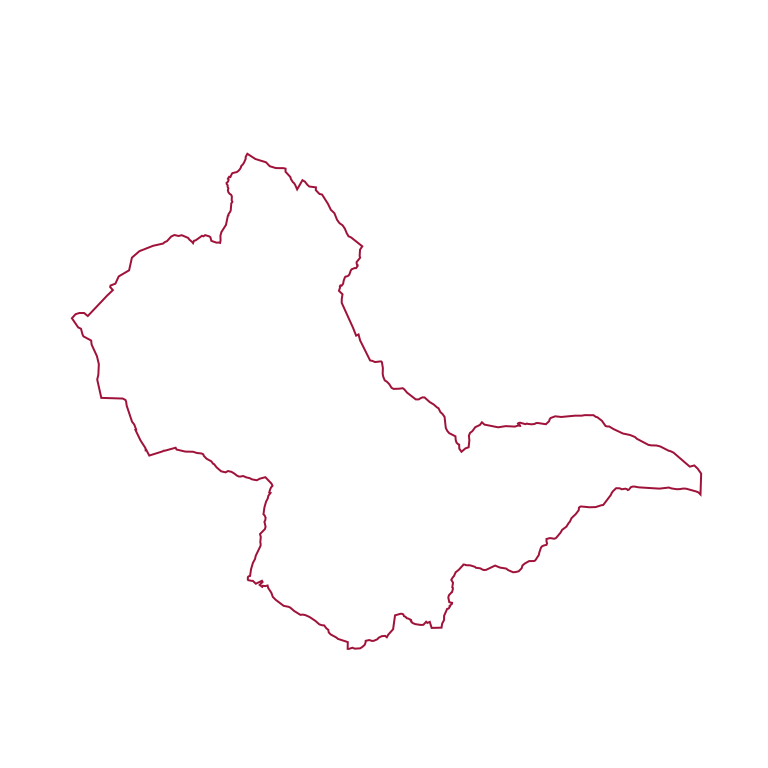 the district of Albestii De Arges, Arges, Romania, rotated 78°
{"feature_id": "2599482B24655595940767", "entity_name": "Albestii De Arges", "entity_type": "district", "adm_level": 2, "iso_a3": "ROU", "parent_name": "Romania", "parent_adm1": "Arges", "projection": "natural_earth1", "projection_center": [24.684, 45.238], "detail": "fine", "context": "isolated", "style": "outline", "palette": "rose", "viewbox_px": 768, "rotation_deg": 78, "n_neighbors": 0, "source": "geoboundaries", "source_scale": "gbopen_adm2", "svg_char_len": 6160}
<svg xmlns="http://www.w3.org/2000/svg" viewBox="0 0 768 768"><g transform="rotate(78 384 384)"><path d="M635.5,474.6L635.8,473.4L635.4,469.7L636.8,467.6L637.6,462.3L636.8,460.1L635.2,457.2L633.1,455.8L631.4,455.3L631.4,451.6L632.7,449.4L633.1,447.6L632.3,443.6L631.1,442.0L630.2,438.6L630.6,435.3L632.3,433.9L630.1,432.0L625.8,426.1L612.6,421.3L612.2,415.8L612.5,414.2L613.4,413.0L615.3,412.7L616.2,411.3L617.8,410.5L618.3,409.3L620.4,406.6L621.6,406.5L621.6,406.9L622.6,406.6L623.8,405.6L625.4,403.3L627.4,397.9L627.7,395.5L625.3,392.2L626.7,391.3L626.2,388.7L632.5,388.1L634.3,378.4L630.4,376.9L627.3,374.3L623.2,373.4L617.1,369.0L617.1,367.5L615.4,365.8L614.8,366.0L613.1,363.2L612.2,362.9L611.0,365.5L606.2,365.5L604.1,364.4L601.8,361.2L601.8,360.8L599.4,359.5L597.9,359.0L597.1,359.5L592.7,357.8L589.6,358.9L587.5,357.0L586.4,355.5L583.1,353.1L581.3,349.5L578.4,345.5L577.7,344.3L577.1,343.9L577.5,342.5L578.3,341.4L579.3,337.4L581.7,333.1L582.8,332.4L584.3,328.2L586.2,326.0L586.8,324.7L587.0,322.6L584.7,313.1L587.7,308.7L589.9,302.9L591.8,301.3L594.9,297.0L595.3,294.8L595.2,291.2L592.9,287.7L590.3,286.3L588.8,283.4L587.4,278.9L588.3,274.3L588.3,273.4L587.6,272.3L583.4,268.1L581.1,267.1L576.6,264.4L575.6,263.1L575.2,261.3L575.1,258.5L573.6,257.6L571.8,257.8L569.4,257.3L569.2,253.6L570.7,249.8L570.6,248.2L569.7,246.8L566.0,242.1L563.7,240.1L561.5,235.3L558.3,232.2L557.3,230.8L554.2,228.5L551.2,223.6L549.0,221.0L547.9,219.8L545.4,218.9L544.7,217.4L544.8,216.6L547.3,208.6L548.4,202.6L547.8,196.6L547.9,194.7L539.9,185.4L537.8,183.8L536.4,182.2L534.2,178.6L535.0,175.2L536.4,173.3L536.6,169.6L537.3,168.3L538.4,167.7L538.2,166.3L536.3,164.1L536.0,162.3L536.5,160.0L538.0,156.5L543.6,136.4L544.5,126.9L545.9,124.5L547.7,119.8L548.3,116.7L548.5,112.9L549.2,110.3L553.9,101.2L555.4,99.0L557.9,97.4L537.6,92.4L532.0,94.8L528.2,97.4L528.4,102.1L511.3,115.1L509.3,117.7L508.4,119.5L502.5,126.8L500.8,130.3L499.6,135.3L498.6,137.9L490.2,148.0L488.0,149.6L485.1,153.8L482.1,160.6L475.7,169.0L472.4,172.5L472.0,174.3L471.2,176.0L465.3,178.5L460.9,182.2L460.1,183.8L458.1,185.5L456.2,194.1L456.1,197.1L454.7,203.7L453.1,217.5L451.2,223.2L451.9,228.1L453.1,229.4L454.7,230.2L457.0,234.0L454.0,242.0L453.9,243.6L454.4,245.0L454.1,248.1L452.9,251.7L452.4,252.4L452.7,254.0L450.1,259.0L450.2,260.8L450.6,261.2L452.7,259.6L453.2,259.6L452.5,261.5L452.9,264.7L450.5,273.8L450.1,281.3L444.6,294.2L441.8,296.2L444.0,298.7L445.2,303.7L448.5,307.4L449.7,310.0L452.2,311.7L456.8,312.2L463.5,314.4L463.9,317.7L466.4,322.3L462.9,323.8L458.9,323.1L458.2,324.1L456.3,325.3L453.7,325.5L450.0,325.0L445.6,330.5L442.9,331.9L439.8,332.7L428.8,331.6L425.5,333.0L423.2,334.7L419.1,335.7L417.9,337.0L414.4,339.6L411.2,343.0L405.5,347.2L405.1,349.0L405.5,351.2L406.3,353.3L405.7,356.1L397.3,363.2L393.4,365.3L392.0,366.6L391.8,369.8L390.8,375.6L389.3,377.4L385.2,378.9L382.5,380.6L380.6,382.5L377.0,383.2L373.9,383.2L368.2,381.8L362.3,381.5L361.4,382.0L361.1,383.5L360.7,388.1L358.8,390.9L358.1,392.7L336.4,398.3L330.2,398.6L330.9,401.2L322.6,402.6L295.8,408.5L291.6,407.5L287.6,405.9L283.5,408.7L280.6,407.0L279.3,406.9L278.5,406.1L279.1,405.1L277.4,403.1L274.6,402.0L271.6,400.1L271.0,399.4L271.0,397.9L270.7,396.5L269.7,395.1L266.2,393.0L265.1,391.9L264.5,388.6L264.9,387.3L263.0,385.2L262.2,385.2L262.2,385.6L260.1,385.7L259.0,385.4L255.5,381.1L253.7,381.2L247.6,379.5L244.8,376.6L233.8,385.7L232.1,388.0L228.8,389.1L223.9,390.0L220.2,391.5L217.4,394.1L213.6,395.8L206.6,397.0L202.5,399.8L196.3,401.3L185.8,405.2L184.7,407.6L180.2,410.4L177.5,409.7L175.3,416.0L173.3,417.5L169.6,419.3L167.7,421.4L175.6,428.5L170.3,429.6L168.2,430.6L167.6,431.2L164.3,432.4L162.0,432.6L155.9,436.2L152.9,435.5L152.0,437.4L150.3,444.9L147.2,450.5L142.6,453.3L137.2,463.0L130.4,469.8L133.1,472.1L135.0,472.5L138.2,474.8L139.7,476.2L141.3,478.5L142.4,478.9L143.8,480.2L145.4,482.3L146.1,484.0L146.2,488.3L146.7,489.1L149.6,491.2L149.1,492.4L150.8,494.0L151.3,493.5L152.1,493.6L153.6,494.5L154.6,496.2L155.6,496.3L157.1,495.6L158.8,496.0L160.2,495.5L161.8,496.4L163.9,496.4L165.8,495.5L167.1,494.2L168.8,493.8L172.8,494.8L174.3,494.4L175.5,495.8L181.9,497.7L183.0,498.2L185.8,501.0L186.8,501.1L187.1,501.8L195.5,505.5L201.5,511.4L205.0,513.2L209.6,514.0L211.9,515.0L211.3,516.1L210.9,518.5L208.1,523.1L204.3,523.3L203.1,524.5L201.2,528.0L202.0,529.9L201.2,531.2L204.3,538.3L204.4,540.1L206.5,541.5L205.1,542.2L202.4,544.3L200.3,545.3L196.4,550.9L196.5,554.2L194.7,558.0L195.5,561.5L199.1,566.5L199.7,569.1L200.7,570.9L200.8,581.1L203.2,595.6L208.0,604.3L219.8,609.7L223.6,621.1L230.0,625.9L230.8,631.0L232.2,631.7L235.8,629.7L240.0,636.5L255.9,659.6L252.2,662.6L251.2,667.3L251.6,671.2L254.8,675.6L265.0,671.4L267.0,668.9L272.8,668.6L274.9,668.1L280.6,661.4L284.7,661.8L297.1,659.0L305.3,658.8L315.6,661.5L320.0,663.6L338.8,663.4L343.9,642.6L345.9,640.2L347.7,639.9L351.7,640.2L368.5,638.3L371.8,636.7L377.1,635.9L377.2,636.7L388.6,633.9L397.0,630.7L399.2,630.9L399.0,630.2L405.2,628.5L403.9,614.8L403.4,613.1L403.7,612.5L403.0,601.1L405.0,600.5L408.8,592.4L410.6,584.8L412.6,581.3L414.0,577.0L415.2,575.4L416.8,575.2L420.2,573.1L423.7,569.0L426.4,567.8L427.2,566.8L430.7,565.1L435.5,561.5L437.5,557.3L436.7,554.7L438.2,551.5L440.2,549.3L443.1,546.8L444.3,545.2L444.7,543.4L444.7,540.9L446.6,538.3L448.2,534.9L449.8,533.0L451.7,528.5L450.8,525.1L450.5,519.4L458.0,514.8L460.4,514.2L461.7,516.0L463.6,517.4L466.3,518.8L467.0,517.7L469.2,520.3L471.9,521.6L474.5,523.8L480.0,526.7L486.4,529.0L487.7,528.1L490.3,527.6L492.6,528.5L493.9,529.6L499.0,529.5L501.2,530.7L505.0,536.5L507.9,536.3L513.0,537.9L514.8,537.9L516.6,538.4L525.4,545.2L528.3,546.5L531.7,549.4L537.6,552.6L543.9,554.9L544.0,556.5L544.6,557.3L547.1,557.9L547.7,557.5L549.1,554.2L549.3,553.2L552.7,550.9L551.1,544.3L552.4,543.9L554.7,547.4L557.1,545.3L556.2,544.5L557.0,542.0L556.9,539.8L559.4,539.7L564.8,537.6L569.2,537.0L572.7,534.7L580.1,528.3L582.1,523.7L583.2,522.2L587.3,519.1L592.4,513.8L592.7,511.3L593.7,509.0L596.4,505.3L601.4,500.4L605.7,497.2L607.2,494.5L607.7,492.7L611.0,491.2L612.9,489.6L615.5,489.7L617.9,488.2L622.1,483.3L623.7,482.1L628.9,473.1L635.5,474.6Z" fill="none" stroke="#9f1239" stroke-width="2"/></g></svg>